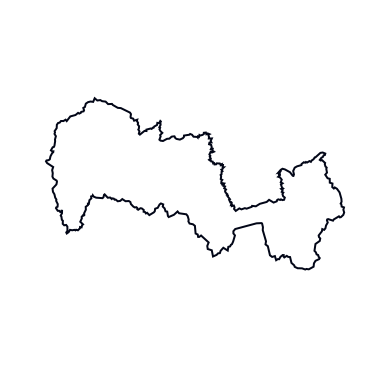 Nong Ya Plong, Phetchaburi, Thailand (Natural Earth projection), rotated 200°
{"feature_id": "78962969B63755110473004", "entity_name": "Nong Ya Plong", "entity_type": "district", "adm_level": 2, "iso_a3": "THA", "parent_name": "Thailand", "parent_adm1": "Phetchaburi", "projection": "natural_earth1", "projection_center": [99.458, 13.138], "detail": "fine", "context": "isolated", "style": "outline", "palette": "ink", "viewbox_px": 384, "rotation_deg": 200, "n_neighbors": 0, "source": "geoboundaries", "source_scale": "gbopen_adm2", "svg_char_len": 6067}
<svg xmlns="http://www.w3.org/2000/svg" viewBox="0 0 384 384"><g transform="rotate(200 192 192)"><path d="M89.6,156.7L88.5,158.2L87.1,158.7L86.7,161.3L85.2,163.8L84.3,164.1L83.8,162.6L82.9,162.1L81.1,164.4L79.5,163.9L77.6,164.4L74.3,159.4L70.8,158.0L69.9,156.8L66.6,156.5L62.5,157.9L59.1,157.9L58.2,158.8L55.8,159.3L52.2,163.4L53.0,166.7L52.4,169.6L49.6,172.4L49.4,173.6L50.8,174.4L51.9,175.9L53.6,176.0L55.0,177.7L56.8,178.6L58.2,185.4L55.2,189.7L55.6,192.2L57.3,193.1L58.1,194.5L56.5,199.5L56.9,201.7L54.9,201.6L54.2,203.5L54.6,206.4L54.0,209.7L55.5,211.5L55.6,212.4L54.8,213.1L49.7,213.3L49.4,214.7L45.6,219.4L44.4,218.7L43.5,219.3L42.0,222.2L42.0,224.8L43.7,227.1L43.9,229.5L46.4,229.5L47.5,231.6L48.3,231.9L48.1,234.0L49.3,236.7L53.2,242.1L56.9,244.6L59.4,245.1L59.9,243.8L61.9,244.6L62.9,248.0L65.7,247.9L67.1,251.5L69.3,251.3L72.7,253.8L71.8,256.4L73.7,259.6L73.8,261.0L75.3,261.6L76.8,263.7L76.8,264.8L80.7,266.4L81.9,265.6L82.9,265.9L82.1,268.5L81.1,269.5L80.8,271.6L79.8,272.2L79.9,273.7L82.7,273.8L84.7,272.7L87.9,266.7L88.5,266.5L89.0,264.3L90.3,262.6L90.6,261.0L92.2,261.2L94.0,259.0L95.2,259.2L95.7,258.2L97.1,258.2L98.6,255.8L98.4,254.7L102.0,252.1L103.8,250.0L104.1,246.3L102.2,243.4L102.2,241.8L102.9,241.7L106.7,244.1L112.4,245.0L114.9,244.8L116.2,243.2L117.5,239.8L116.1,240.8L116.6,238.5L116.2,238.0L115.6,238.9L115.1,238.1L116.2,235.8L114.5,235.9L111.9,234.3L111.9,231.4L109.9,231.1L111.0,229.5L108.9,226.9L107.8,226.5L109.2,225.4L107.5,224.8L107.7,222.8L106.0,222.7L106.3,221.0L104.9,219.2L102.9,218.5L102.8,216.2L104.3,215.3L105.9,215.5L106.4,214.7L108.4,214.6L109.2,213.7L109.2,212.2L111.7,210.0L116.9,211.0L118.4,208.2L124.2,204.1L127.1,200.4L130.8,199.5L130.8,198.5L135.0,195.0L136.8,194.9L139.6,192.6L141.9,192.8L144.4,189.2L146.7,190.5L146.8,192.2L148.1,193.6L149.7,192.4L150.1,193.6L150.9,193.1L151.1,195.6L151.8,195.9L152.5,195.4L154.5,197.4L153.9,198.2L157.2,200.2L157.1,200.9L158.3,201.2L158.1,202.0L160.3,203.0L161.3,204.2L160.9,206.0L163.0,206.5L162.8,208.5L164.6,208.5L164.6,209.5L165.4,209.4L164.7,211.0L166.0,210.8L166.4,209.7L167.5,210.2L168.1,212.5L167.7,213.7L169.4,214.0L169.9,216.5L170.9,217.8L170.3,218.6L171.1,221.2L170.5,221.9L171.9,223.0L171.2,223.4L171.3,224.6L170.6,226.0L171.6,225.6L172.1,227.9L173.7,227.1L173.7,228.3L174.7,227.5L175.6,228.3L178.7,227.3L178.8,226.3L180.3,225.6L181.1,226.7L181.9,226.1L182.9,227.6L184.5,227.3L185.4,228.5L186.2,227.8L187.0,228.1L185.9,229.9L187.4,231.2L187.1,232.2L188.5,233.2L188.2,236.2L186.8,235.9L185.2,237.4L187.1,237.9L187.3,239.6L188.9,238.9L188.7,240.7L190.1,242.8L192.3,242.7L192.5,244.3L190.7,245.2L191.9,246.3L191.7,249.1L194.5,248.0L194.8,249.5L196.3,251.3L195.4,252.3L197.3,252.4L198.3,251.2L199.3,252.6L201.1,251.7L200.7,250.6L201.6,249.3L203.5,247.9L204.5,248.1L204.3,246.2L205.4,246.3L205.2,245.1L206.0,245.5L209.5,244.5L211.5,245.8L213.6,245.9L214.1,244.9L218.8,242.3L218.4,241.0L219.0,239.4L221.3,237.1L224.6,236.6L226.0,236.9L227.5,238.3L228.7,237.8L230.1,237.0L231.5,234.4L233.7,233.4L236.7,230.0L239.2,229.5L240.5,230.0L240.5,233.5L241.4,234.6L240.1,237.4L242.3,238.3L244.0,239.8L243.9,241.4L244.8,241.6L244.5,244.4L245.5,246.5L245.4,247.6L246.1,247.9L246.5,245.4L248.2,245.1L247.8,243.0L249.9,240.6L250.1,239.2L250.9,239.0L251.5,237.5L252.6,237.5L256.2,235.0L255.7,233.7L257.5,233.2L260.6,228.1L261.9,228.6L262.1,231.0L263.8,232.3L263.6,233.3L264.2,235.7L266.1,236.9L266.3,238.5L268.1,239.9L268.2,241.2L270.8,239.2L272.3,240.8L274.8,240.7L275.4,241.4L276.0,244.3L277.4,245.4L287.6,246.5L290.5,245.7L296.2,246.7L297.3,247.4L300.9,245.9L304.1,247.4L307.5,246.6L309.6,247.0L312.3,245.6L315.5,246.8L315.7,242.9L318.3,242.3L320.4,240.9L322.0,238.7L321.7,235.3L322.9,233.8L321.4,231.9L321.5,230.7L323.5,229.4L323.6,228.3L324.8,227.1L326.1,227.4L327.8,224.5L332.2,221.4L334.0,215.8L335.5,216.7L337.1,214.7L339.4,213.9L340.1,211.9L341.4,211.1L342.0,209.0L341.0,205.7L341.9,202.2L341.1,201.1L341.1,199.6L339.0,197.9L338.7,194.4L338.0,193.0L337.1,188.5L337.2,187.1L338.2,186.4L338.8,182.9L337.2,182.4L336.2,182.8L336.0,181.9L336.7,180.7L337.2,177.1L336.8,174.1L337.6,172.9L339.5,171.9L339.7,170.9L338.0,169.6L331.0,168.0L330.9,164.7L329.3,162.1L328.4,158.7L326.8,157.2L323.1,156.4L322.4,155.5L322.0,152.7L324.2,147.5L322.7,144.6L320.5,142.8L318.6,139.9L316.9,138.6L316.6,137.2L314.0,134.7L313.3,132.2L314.3,131.1L314.3,130.3L311.7,128.4L310.3,128.9L308.9,128.1L308.2,128.5L308.2,129.8L307.7,129.9L306.9,127.6L307.3,124.9L306.3,124.2L304.8,121.4L303.5,120.8L302.6,117.9L300.7,117.0L299.0,118.0L297.3,116.9L295.8,113.0L296.3,111.0L295.5,110.2L294.2,112.1L293.7,114.7L291.4,115.1L289.6,116.2L288.4,116.1L288.0,116.9L286.1,117.0L284.9,119.5L285.2,120.8L283.7,121.0L283.9,123.3L283.3,124.3L286.8,125.8L286.5,129.6L287.2,130.8L286.4,133.0L285.7,132.8L285.3,133.5L286.1,135.1L285.7,139.1L286.8,141.7L285.3,144.1L285.8,145.4L284.9,145.6L285.6,149.2L284.4,151.6L285.3,153.3L284.1,154.2L284.1,155.0L282.7,154.0L280.1,153.9L274.0,155.6L273.4,156.9L273.7,159.2L273.3,159.9L269.2,157.8L267.1,158.8L265.1,158.0L264.9,158.7L263.2,159.0L262.1,158.3L261.2,158.8L258.6,157.9L256.4,159.1L255.1,161.5L251.3,160.6L248.3,161.9L246.5,161.5L245.3,159.8L242.1,158.2L240.4,157.9L239.1,158.7L238.0,158.3L237.5,157.1L236.5,156.9L234.9,159.1L233.6,159.4L231.2,158.6L230.7,156.9L229.3,157.1L228.0,156.1L227.1,157.1L224.2,155.7L220.9,159.8L220.4,161.1L220.9,163.7L218.8,165.4L218.2,169.2L217.3,170.6L214.8,170.5L214.5,168.3L212.1,167.2L210.3,164.8L208.6,165.1L206.4,161.2L205.3,160.5L201.2,164.4L198.9,168.8L196.9,167.6L189.7,169.1L187.8,167.9L185.7,165.0L185.3,163.1L183.5,161.5L180.1,162.0L177.7,161.2L174.4,154.2L172.1,154.0L170.9,151.9L169.9,152.2L168.6,154.2L159.1,150.3L159.2,146.5L157.7,143.8L153.5,144.0L150.2,138.6L147.4,141.3L146.5,143.3L144.9,144.1L145.0,146.5L143.5,150.3L138.4,149.2L139.1,152.9L137.6,153.9L137.4,155.6L136.6,156.7L136.4,159.5L136.8,165.9L138.9,167.2L139.7,169.3L138.7,172.0L120.7,184.6L116.2,186.5L115.4,186.4L113.3,183.2L112.5,180.4L105.6,171.0L105.0,167.9L102.2,167.0L97.1,159.2L94.5,158.4L92.2,160.1L89.6,156.7Z" fill="none" stroke="#020617" stroke-width="2"/></g></svg>